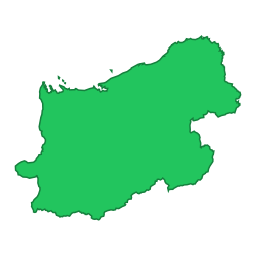 outline of Bolaang Mongondow, Sulawesi Utara, Indonesia
{"feature_id": "22746128B99982169683342", "entity_name": "Bolaang Mongondow", "entity_type": "district", "adm_level": 2, "iso_a3": "IDN", "parent_name": "Indonesia", "parent_adm1": "Sulawesi Utara", "projection": "robinson", "projection_center": [124.032, 0.721], "detail": "fine", "context": "isolated", "style": "filled", "palette": "green", "viewbox_px": 256, "rotation_deg": 0, "n_neighbors": 0, "source": "geoboundaries", "source_scale": "gbopen_adm2", "svg_char_len": 5691}
<svg xmlns="http://www.w3.org/2000/svg" viewBox="0 0 256 256"><path d="M201.9,37.0L201.5,36.2L199.0,38.2L195.5,39.6L191.8,39.3L190.6,38.5L189.1,39.3L186.6,38.8L186.7,39.8L186.1,39.5L184.7,41.3L182.4,42.5L179.4,42.5L178.5,41.5L177.8,41.9L177.1,43.2L176.4,43.4L175.2,42.5L172.7,44.1L172.6,44.8L171.7,44.7L170.6,46.5L169.9,46.9L169.8,47.6L169.1,47.8L169.2,49.3L168.3,49.9L167.8,51.0L168.2,51.6L167.5,52.7L163.2,56.1L163.8,56.4L162.7,56.6L159.6,60.2L156.5,62.2L150.8,64.3L146.6,64.8L145.7,64.7L144.5,63.7L143.0,64.2L143.7,63.2L139.5,63.9L139.2,64.2L140.1,64.0L139.1,65.0L139.2,64.3L138.3,64.2L131.3,68.0L131.1,68.8L127.2,71.6L122.8,73.1L118.5,75.7L111.0,78.4L106.0,82.2L104.3,82.9L99.1,83.7L98.4,84.4L98.6,85.4L99.1,84.9L100.2,85.5L100.6,85.1L101.7,85.4L101.1,86.3L102.3,87.4L102.2,88.2L104.8,86.5L105.1,88.4L107.7,88.4L106.8,91.0L106.5,90.7L104.8,91.2L102.6,90.4L102.0,91.3L100.5,92.0L100.0,91.5L99.4,89.4L98.9,89.2L98.3,90.1L97.6,90.2L97.2,89.5L94.8,88.0L94.9,87.5L93.9,86.2L93.2,87.9L90.2,88.5L84.6,90.5L78.4,90.1L76.0,88.6L75.4,88.6L74.9,89.7L69.7,89.9L69.3,89.6L69.2,88.5L67.4,89.5L66.7,88.8L65.4,88.5L64.0,86.9L59.7,85.2L59.6,85.7L60.2,85.7L60.7,87.1L63.2,89.6L63.2,91.0L62.7,91.8L62.0,91.8L61.3,92.3L59.3,92.3L58.9,93.2L58.0,93.3L56.9,92.8L56.5,91.6L55.9,91.3L55.3,90.0L53.5,90.9L51.7,87.9L51.3,86.3L50.0,85.4L49.4,86.0L50.5,87.3L50.4,88.6L52.4,90.8L51.8,90.9L51.2,92.1L50.7,91.7L49.8,92.9L49.0,92.7L48.8,93.1L46.8,91.6L47.3,90.9L47.2,89.1L46.8,88.9L46.7,89.5L45.6,89.4L45.3,88.4L46.2,86.9L45.6,85.7L45.4,86.6L44.3,87.3L44.0,84.4L44.4,82.2L43.1,82.0L42.7,82.9L43.0,84.0L40.5,87.9L39.6,91.9L39.9,93.7L39.6,98.1L41.0,99.4L42.7,103.4L42.9,109.4L42.3,110.4L41.9,114.4L40.9,117.3L39.2,126.6L39.6,129.1L40.3,130.5L42.0,131.2L41.4,132.8L42.2,136.1L43.9,137.2L45.4,139.5L45.3,141.7L44.6,143.7L42.9,144.9L41.9,147.5L42.6,147.9L42.3,148.7L42.9,149.1L42.3,150.1L42.6,151.1L41.8,151.1L41.2,152.5L41.3,154.3L38.8,154.9L38.4,156.2L36.4,158.5L35.9,160.3L33.6,162.3L27.9,162.9L25.9,161.4L24.4,160.9L21.1,162.0L18.4,163.6L15.4,166.1L15.6,170.2L17.7,172.2L18.2,174.8L19.8,175.0L22.9,177.0L26.8,177.2L29.5,178.2L35.2,177.0L36.7,175.7L37.2,176.0L37.3,177.4L38.1,178.1L37.9,183.0L38.9,186.5L39.9,187.4L40.0,189.9L38.6,194.3L37.3,196.7L34.1,199.7L32.9,202.0L31.6,202.6L31.9,205.0L31.6,206.4L33.6,210.5L33.6,212.0L34.9,212.4L36.0,212.0L37.6,208.7L39.1,209.7L40.0,209.1L41.0,209.4L42.0,210.4L44.8,209.1L45.6,210.3L47.1,210.5L48.1,211.7L50.9,210.7L52.9,212.5L55.5,212.5L56.5,215.2L59.4,216.3L60.0,217.0L60.8,216.5L62.7,216.7L63.4,215.9L66.0,216.1L67.0,215.5L69.6,216.1L71.6,213.4L73.2,212.5L74.9,212.5L79.0,211.1L80.1,212.1L80.9,212.2L81.5,213.1L83.5,212.9L84.0,213.5L84.9,213.6L85.2,214.4L86.9,214.5L87.7,213.7L88.7,213.7L91.7,216.1L91.4,217.9L93.1,219.0L94.9,219.3L96.3,218.9L98.7,219.8L99.5,219.4L101.2,216.8L103.7,216.2L104.1,214.8L104.1,213.0L104.7,211.9L107.6,210.6L111.1,209.8L113.3,210.2L115.5,209.7L116.0,208.3L118.7,208.6L122.3,206.5L125.0,205.4L125.5,204.7L124.9,204.4L124.7,203.6L125.6,202.5L127.3,202.3L127.5,200.3L128.8,199.2L131.2,199.0L131.5,197.3L131.1,195.6L132.5,194.1L136.1,192.1L137.7,193.3L139.0,193.7L140.7,192.5L141.1,192.9L141.7,192.4L144.8,192.0L147.0,189.8L148.2,190.3L150.1,189.3L150.7,186.5L154.9,183.9L155.4,181.1L156.8,181.3L157.3,179.4L158.7,179.2L160.4,179.9L162.2,178.9L162.7,178.1L163.3,178.5L164.8,180.2L165.0,181.7L166.2,183.5L168.1,184.5L169.0,185.6L167.7,187.8L168.4,190.8L169.0,189.4L172.8,189.3L173.8,188.3L177.9,186.0L179.3,186.1L180.5,185.5L182.6,185.6L184.2,184.9L187.2,184.7L190.8,183.7L193.0,184.6L193.8,183.9L195.1,184.0L196.9,181.3L197.5,181.1L197.6,180.4L198.5,179.8L200.2,180.0L201.8,178.4L202.8,174.9L205.3,173.4L206.0,172.3L208.0,171.7L208.6,168.7L209.7,166.3L212.8,161.6L212.9,159.2L212.3,157.6L212.6,155.6L213.3,154.4L213.8,151.0L212.4,151.1L212.2,150.1L210.4,149.6L209.7,148.3L209.7,147.0L207.5,145.1L205.2,145.4L205.0,145.1L204.2,145.5L204.3,146.2L203.6,146.6L202.8,146.3L202.0,146.6L201.3,147.8L200.5,147.4L200.7,143.0L199.5,139.0L200.0,137.7L199.2,134.9L197.5,133.2L195.3,132.2L194.2,131.2L190.9,132.8L190.0,131.8L190.2,129.6L189.9,125.0L190.8,121.8L190.4,120.3L192.9,118.3L193.1,120.5L193.8,120.7L197.7,119.8L200.4,118.0L203.8,117.5L203.5,114.8L205.3,114.6L206.6,113.8L207.5,112.6L208.1,110.9L210.8,112.6L212.1,112.3L215.4,112.8L215.6,114.2L218.1,117.0L221.5,115.5L225.2,114.7L226.0,113.8L229.6,112.7L231.7,113.1L233.3,112.3L234.8,112.8L236.4,108.0L237.6,106.9L238.5,106.6L239.1,105.5L239.9,105.1L239.8,103.8L239.0,104.1L238.6,103.8L238.9,103.3L238.2,102.3L238.3,101.4L237.1,102.5L237.1,101.9L235.8,101.2L235.9,99.3L236.6,98.5L237.9,98.8L239.2,97.9L239.7,97.2L239.4,96.5L240.3,95.9L240.6,94.6L240.0,92.3L239.0,92.2L238.3,91.2L237.2,91.1L237.1,90.4L236.1,89.1L235.1,88.6L234.5,87.4L232.3,86.4L232.0,85.4L232.4,84.0L228.0,83.1L226.7,82.0L225.3,81.7L224.5,80.5L224.9,77.5L224.4,76.5L225.2,74.5L224.4,70.6L224.4,67.1L223.6,66.8L223.8,66.2L223.1,65.8L222.7,64.8L222.1,65.0L221.2,64.2L221.4,62.3L222.1,61.0L222.0,58.9L222.5,58.5L222.3,57.9L222.7,57.3L222.2,55.7L222.9,55.5L222.8,54.5L223.9,54.5L224.0,54.1L223.6,53.6L223.7,52.6L222.2,52.8L222.8,52.0L222.1,50.8L221.5,51.6L220.6,50.7L219.5,50.9L220.5,49.3L219.8,49.4L220.0,47.6L219.2,47.8L218.4,46.8L218.6,45.1L218.1,43.6L216.8,43.7L214.9,42.7L214.7,41.8L213.4,42.2L212.3,43.0L211.2,42.6L210.5,41.4L209.6,40.8L209.1,39.8L209.3,38.8L208.3,39.1L207.3,38.1L207.6,37.2L207.1,36.7L204.9,37.7L203.6,37.5L203.9,38.6L203.6,38.9L202.0,38.8L201.6,37.9L201.9,37.0ZM59.6,77.6L58.5,76.8L58.6,78.4L59.1,78.8L59.6,77.6ZM111.9,70.2L110.8,70.1L111.8,71.5L111.9,70.2ZM63.2,81.3L63.5,80.8L62.8,80.2L62.7,80.6L63.2,81.3ZM65.0,82.7L64.9,83.4L65.3,83.5L65.4,82.9L65.0,82.7Z" fill="#22c55e" stroke="#15803d" stroke-width="1.5"/></svg>